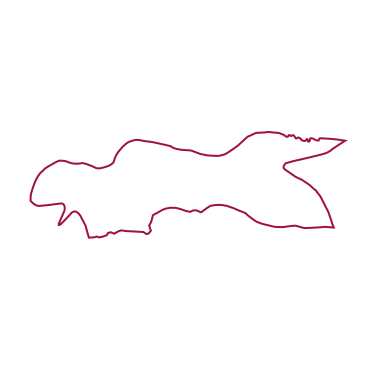 the district of Nhommalath, Khammouan, Laos, rotated 349°
{"feature_id": "54806243B45246983413139", "entity_name": "Nhommalath", "entity_type": "district", "adm_level": 2, "iso_a3": "LAO", "parent_name": "Laos", "parent_adm1": "Khammouan", "projection": "mercator", "projection_center": [105.307, 17.543], "detail": "fine", "context": "isolated", "style": "outline", "palette": "rose", "viewbox_px": 384, "rotation_deg": 349, "n_neighbors": 0, "source": "geoboundaries", "source_scale": "gbopen_adm2", "svg_char_len": 4582}
<svg xmlns="http://www.w3.org/2000/svg" viewBox="0 0 384 384"><g transform="rotate(349 192 192)"><path d="M352.1,170.9L344.4,168.1L337.9,166.2L330.5,164.3L330.4,164.2L330.1,164.3L329.9,164.3L329.7,164.1L327.9,163.7L327.3,163.8L326.8,164.8L326.0,165.6L324.0,165.1L320.5,162.4L319.1,161.9L318.3,162.0L317.7,162.8L317.7,163.3L317.5,163.6L317.4,164.2L317.1,164.5L316.9,164.6L316.2,164.8L315.8,164.8L315.6,164.4L315.6,163.7L315.6,163.2L315.3,162.4L315.1,162.1L314.7,162.0L314.3,162.3L314.0,162.7L313.5,163.1L312.8,163.5L312.0,163.4L311.8,163.4L311.1,163.0L311.0,162.9L310.0,162.3L309.4,161.9L309.1,161.3L309.1,160.9L308.6,160.3L308.0,159.5L307.6,159.3L307.3,159.2L306.7,158.8L306.0,158.9L305.6,159.1L305.1,159.3L304.5,159.3L304.1,159.1L303.7,158.3L303.4,157.4L302.9,156.3L302.5,155.8L302.2,155.5L301.8,155.5L301.7,155.5L301.1,155.5L300.3,156.0L300.0,156.0L299.5,155.7L299.2,155.2L298.7,154.8L298.3,154.7L297.9,154.7L297.5,154.9L297.3,155.2L297.2,155.4L297.0,155.6L296.7,156.0L296.4,156.0L296.2,156.0L295.3,155.8L294.6,155.2L293.5,154.0L293.4,154.0L293.2,153.6L291.4,152.4L291.2,152.4L290.2,151.7L288.9,150.8L287.2,150.2L283.7,149.3L280.0,148.1L279.2,147.8L272.9,147.2L268.4,146.5L266.9,146.3L265.9,146.3L264.8,146.5L263.4,146.8L261.2,147.4L259.8,147.8L258.8,148.0L258.0,148.1L257.5,148.2L257.2,148.3L246.1,155.1L241.5,157.3L235.8,159.7L234.6,160.2L232.2,161.0L231.3,161.2L230.0,161.4L228.8,161.5L226.8,161.6L225.4,161.6L224.3,161.5L222.8,161.2L214.1,159.0L207.5,156.3L201.0,152.3L200.1,151.7L199.3,151.3L198.5,150.9L198.0,150.8L190.9,148.9L189.5,148.5L187.8,147.9L184.5,146.5L182.9,145.6L181.8,144.9L180.8,143.9L180.0,143.3L179.6,142.8L171.2,139.1L162.1,135.2L155.8,133.2L151.5,131.5L149.9,130.9L148.4,130.4L146.9,130.1L146.2,130.1L145.3,130.1L143.2,130.3L141.6,130.5L140.9,130.6L140.0,130.7L138.6,131.1L136.8,131.9L135.3,132.7L133.3,133.9L130.7,135.8L128.9,137.3L127.4,138.5L126.1,139.9L124.7,141.3L124.0,142.4L123.6,142.7L122.7,144.1L122.3,144.9L121.9,145.5L121.4,146.7L120.8,147.5L120.3,148.2L119.4,148.8L117.8,149.5L116.2,150.1L114.5,150.5L111.6,150.9L110.5,151.0L107.3,151.2L104.9,151.0L103.6,150.7L102.5,150.2L101.6,149.6L98.6,147.4L93.2,144.1L90.0,142.7L86.4,142.6L83.2,142.0L81.4,141.6L78.5,140.4L76.4,139.2L74.7,138.1L72.7,137.2L70.4,136.5L68.4,136.0L67.2,136.0L65.7,136.3L63.7,136.8L62.5,137.1L60.9,137.8L58.4,138.6L56.0,139.4L54.0,140.2L52.4,140.8L49.6,142.7L46.9,144.3L43.7,147.2L40.1,151.7L36.6,157.4L35.4,159.7L34.5,161.4L33.2,164.0L32.8,165.8L32.5,166.8L32.2,168.0L31.9,170.0L33.0,171.6L34.2,173.3L35.3,174.3L36.2,175.1L37.5,175.9L38.9,176.4L39.9,176.6L41.2,176.7L48.1,177.4L56.4,177.9L60.9,178.2L62.1,178.5L63.0,179.0L63.4,179.6L63.8,180.2L64.1,181.2L64.2,181.9L64.1,182.6L63.9,184.1L63.6,185.1L62.9,186.5L55.3,197.5L55.0,198.1L54.9,198.6L54.9,199.0L55.1,199.1L55.5,199.1L56.2,199.0L60.6,196.2L66.7,191.8L68.9,190.1L69.9,189.3L70.6,189.1L71.3,188.9L72.0,188.7L72.6,188.7L73.3,188.7L74.0,188.9L74.7,189.4L75.2,190.0L76.3,191.0L77.0,192.2L77.9,194.0L81.1,204.9L81.5,210.5L81.7,212.9L82.1,217.1L86.9,217.8L89.9,217.6L92.1,218.8L95.7,218.8L100.0,218.2L101.8,216.2L104.6,216.0L107.7,218.1L110.2,217.2L111.9,216.6L113.5,216.4L114.9,216.1L120.6,218.0L125.6,219.2L136.7,222.0L139.3,224.6L141.6,224.4L144.2,222.2L143.6,216.6L145.7,214.3L147.6,210.9L149.2,207.3L154.3,205.7L159.5,203.9L162.9,203.3L167.6,203.3L173.2,204.5L177.7,206.7L182.9,209.7L186.4,211.1L189.8,210.3L193.0,210.9L196.5,213.5L197.7,213.3L198.5,213.1L199.7,212.4L201.6,211.6L203.1,210.8L204.6,210.2L205.6,209.8L207.2,209.2L208.8,209.1L209.6,209.2L212.0,209.2L215.0,209.6L217.7,210.2L220.3,211.0L223.8,212.4L229.7,215.8L235.2,219.6L239.2,222.0L240.2,222.8L240.9,223.5L242.2,225.4L244.6,228.2L246.3,230.1L248.5,232.3L249.6,233.4L251.4,234.6L254.6,236.5L257.5,237.9L260.3,239.1L264.2,241.0L265.9,241.7L267.9,242.3L270.8,243.0L273.0,243.5L276.6,244.0L279.3,244.0L282.0,244.3L283.0,244.3L283.9,244.4L284.8,244.5L285.5,244.5L286.3,244.6L287.5,245.0L289.4,245.9L294.0,248.2L295.7,248.9L297.2,249.2L298.6,249.4L300.8,249.7L302.9,250.0L310.3,251.0L312.8,251.3L315.9,251.6L319.9,252.7L324.4,253.9L323.6,249.9L323.5,248.2L323.2,246.3L322.2,238.8L321.6,236.0L320.7,233.2L320.1,230.9L317.5,221.9L316.7,219.7L314.8,216.2L314.1,214.4L311.2,211.0L308.9,207.7L304.8,203.6L302.4,201.2L296.5,196.8L287.9,188.0L286.9,186.6L286.6,186.0L286.6,185.4L286.7,184.7L286.9,184.2L287.6,183.4L289.3,181.8L290.0,181.6L298.1,181.0L311.5,180.6L323.6,180.0L326.0,179.9L327.8,179.7L329.6,179.5L331.0,179.4L331.6,179.3L332.9,178.9L336.0,177.8L337.4,176.9L339.1,176.2L344.8,173.8L352.1,170.9Z" fill="none" stroke="#9f1239" stroke-width="2"/></g></svg>